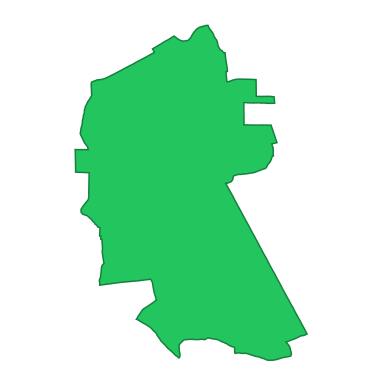 Min Buri, Bangkok Metropolis, Thailand (orthographic projection), rotated 91°
{"feature_id": "78962969B59018064980934", "entity_name": "Min Buri", "entity_type": "district", "adm_level": 2, "iso_a3": "THA", "parent_name": "Thailand", "parent_adm1": "Bangkok Metropolis", "projection": "orthographic", "projection_center": [100.755, 13.811], "detail": "fine", "context": "isolated", "style": "filled", "palette": "green", "viewbox_px": 384, "rotation_deg": 91, "n_neighbors": 0, "source": "geoboundaries", "source_scale": "gbopen_adm2", "svg_char_len": 5963}
<svg xmlns="http://www.w3.org/2000/svg" viewBox="0 0 384 384"><g transform="rotate(91 192 192)"><path d="M49.6,234.0L53.0,232.0L57.8,240.2L62.6,249.0L65.2,253.4L65.8,254.4L67.9,258.5L70.8,263.6L75.2,271.6L77.1,275.3L78.9,278.5L80.1,281.2L80.5,282.8L81.1,283.5L81.0,284.2L81.0,285.1L81.4,286.9L81.5,288.5L81.8,289.4L82.2,290.2L83.3,293.1L84.0,294.4L86.1,294.7L90.6,294.4L92.9,294.2L93.5,294.3L93.9,294.2L95.8,294.1L97.0,293.9L97.3,294.0L101.2,296.2L103.1,297.5L104.6,298.3L106.2,298.9L107.4,299.6L108.1,300.0L110.1,300.4L112.2,301.0L113.8,301.0L114.7,301.0L116.3,301.6L117.8,302.0L119.9,302.1L120.6,302.3L121.3,302.5L122.6,302.8L126.4,303.0L129.4,303.9L132.6,304.4L135.4,304.7L136.0,304.7L136.4,304.5L137.7,303.9L139.5,302.9L144.1,300.7L144.9,300.2L146.5,299.0L148.0,297.6L148.6,297.2L148.8,297.1L150.8,296.7L151.6,296.6L151.5,301.6L151.7,307.1L151.6,307.9L151.6,308.7L151.6,309.6L153.4,309.4L174.2,308.7L174.5,295.2L196.0,295.2L196.7,295.0L198.5,295.1L201.0,295.5L201.3,295.6L201.7,295.8L205.5,298.8L209.1,301.4L210.1,301.9L211.1,302.6L211.6,302.7L214.2,302.5L214.4,302.4L214.9,302.1L215.6,301.2L216.4,300.5L216.4,300.3L216.2,300.0L216.2,299.8L216.8,299.1L217.1,297.2L217.4,296.6L219.1,294.5L220.1,293.4L221.2,292.1L222.3,291.3L223.2,290.5L224.5,288.9L224.8,288.8L225.7,288.5L226.2,287.6L227.0,286.7L228.7,285.5L228.9,285.1L229.0,284.2L229.3,283.4L237.7,283.6L237.8,283.5L237.7,282.6L237.8,282.4L238.0,282.3L240.7,282.4L240.7,281.4L242.7,281.1L247.7,280.7L250.3,280.5L252.1,280.7L254.0,280.7L255.8,280.4L256.3,280.2L256.7,280.2L259.6,279.8L265.1,278.7L265.4,279.2L265.6,279.6L266.8,280.5L268.3,281.0L269.2,281.2L275.2,281.6L278.4,282.0L280.2,282.5L281.3,283.0L282.8,283.2L283.2,282.7L283.6,282.6L286.8,282.7L283.9,263.9L283.2,258.2L281.8,244.9L280.0,232.3L279.9,231.9L282.7,230.2L283.4,230.0L285.9,229.5L287.8,229.2L292.7,228.2L299.3,226.1L300.5,225.6L302.6,228.2L305.9,232.7L308.4,236.4L308.8,237.1L310.3,239.1L312.2,240.5L313.8,241.4L317.3,243.8L318.4,244.2L319.8,245.1L320.2,245.4L320.4,244.5L320.9,243.7L322.2,241.4L323.2,239.8L325.4,235.7L327.0,233.0L328.6,230.8L329.5,229.8L331.2,228.3L332.8,226.4L333.9,225.3L334.3,225.1L335.5,224.6L340.1,221.3L341.2,220.7L345.3,216.5L348.9,213.2L351.0,210.6L353.1,208.2L355.7,205.5L357.1,203.4L358.2,202.1L357.3,201.5L357.0,201.4L355.0,201.1L354.4,201.2L352.0,201.7L350.8,201.9L346.3,202.3L346.0,202.3L345.4,202.1L344.8,201.9L344.4,201.6L342.8,200.4L341.7,199.3L340.2,197.6L339.9,196.9L339.8,196.1L339.3,191.4L339.4,187.6L339.5,184.5L339.5,183.2L339.1,181.0L339.0,179.6L339.1,178.8L339.4,177.5L339.4,176.8L339.4,176.5L339.2,176.1L337.8,174.0L337.7,173.8L337.7,173.5L337.7,172.8L338.1,170.7L338.5,168.4L338.9,165.3L339.2,163.6L339.6,162.6L340.8,160.4L341.2,159.5L341.9,157.5L343.4,154.1L344.1,153.1L345.3,151.0L345.8,149.6L346.3,147.6L346.7,146.8L347.0,146.7L347.3,146.6L351.1,146.6L351.7,146.5L352.6,146.1L352.6,145.8L352.1,143.5L352.0,142.6L352.4,139.8L352.5,138.5L352.4,136.8L352.3,136.2L352.4,135.2L352.6,134.5L352.8,133.4L355.2,125.6L355.4,124.3L355.7,122.2L356.8,119.4L357.5,116.9L358.6,114.4L358.8,113.2L358.9,112.6L358.8,109.9L358.8,108.8L358.6,107.4L358.2,105.1L357.9,104.0L355.9,97.9L354.8,92.2L354.4,90.5L352.9,89.9L352.5,89.8L351.8,89.8L350.1,90.2L349.1,90.5L345.5,91.5L344.8,91.8L343.7,92.5L342.5,93.4L340.4,95.4L337.4,87.7L335.8,84.1L334.7,82.2L334.4,81.7L333.9,80.2L333.7,78.7L333.3,77.1L331.9,74.4L331.1,74.9L326.3,77.5L323.3,79.3L317.6,82.4L316.7,83.0L315.1,83.9L310.8,86.4L308.2,87.8L305.4,89.2L305.0,89.4L303.8,90.4L298.2,93.4L296.0,94.8L290.9,97.6L288.3,99.2L285.4,100.7L281.6,102.8L281.2,102.9L281.1,103.0L276.2,105.9L272.0,108.1L270.1,109.3L266.0,111.6L264.4,112.6L260.7,114.6L259.0,115.4L258.3,115.9L254.8,117.8L253.3,118.8L250.6,120.3L250.0,120.6L246.9,122.3L245.0,123.4L240.9,125.6L237.6,127.5L234.7,129.1L230.8,131.4L223.8,135.2L223.4,135.5L220.9,136.9L219.2,137.9L217.3,138.9L214.0,140.8L210.2,142.9L203.1,147.0L201.7,147.7L200.5,148.5L196.5,150.5L191.2,153.6L185.2,157.0L183.2,158.3L182.8,158.6L182.5,158.5L182.6,158.0L182.5,156.8L182.3,155.8L181.7,154.8L181.1,153.2L180.8,152.8L180.2,152.4L178.7,151.5L178.1,151.3L175.7,150.9L175.3,150.7L175.0,150.3L174.0,147.3L173.7,146.0L173.6,143.7L173.2,141.1L172.9,138.0L171.8,132.0L171.5,130.4L171.1,129.1L170.3,127.2L169.4,125.0L168.0,121.6L167.3,119.3L166.7,118.5L166.3,118.1L165.2,117.5L165.0,117.4L164.4,117.3L162.9,116.3L162.1,115.6L160.8,114.6L159.7,114.0L158.2,113.4L156.6,112.9L155.8,112.7L155.1,112.4L154.6,111.2L153.9,111.4L153.5,111.5L150.1,111.4L147.9,111.6L147.1,111.7L146.5,111.6L146.1,111.7L145.9,111.9L142.5,113.1L141.2,107.9L123.8,114.1L123.8,122.7L124.0,130.0L124.0,141.3L122.7,141.2L118.5,141.3L107.8,141.6L103.9,141.7L102.4,141.8L101.8,141.7L101.7,141.6L101.8,141.2L101.7,139.5L101.8,138.3L101.9,137.6L101.9,135.1L101.9,131.7L101.7,127.5L101.8,124.6L101.9,124.3L101.9,123.5L101.7,121.9L102.0,118.4L102.0,114.6L101.8,112.3L101.7,111.6L101.8,110.9L95.4,111.6L95.1,114.5L95.0,116.6L95.2,122.8L95.3,129.4L78.5,129.9L78.3,136.2L78.3,137.5L78.3,146.6L78.5,149.7L78.6,150.1L78.8,150.6L79.3,152.9L80.1,154.9L80.3,155.3L80.8,156.7L81.0,157.5L81.1,158.5L81.2,158.9L81.1,159.1L80.8,159.2L78.7,159.3L74.6,159.8L72.1,160.0L71.3,160.2L71.1,160.2L70.9,158.7L70.7,158.6L68.1,158.9L58.3,160.6L55.5,161.0L53.4,161.2L52.1,161.4L52.0,162.0L52.1,162.6L52.0,162.9L51.5,163.5L51.2,163.7L50.8,163.9L50.3,164.2L49.9,165.0L49.6,165.7L49.3,166.2L48.4,166.8L47.9,167.0L47.3,167.5L45.6,168.4L44.8,168.6L41.1,169.4L40.2,169.8L39.4,170.2L38.2,171.2L36.4,172.3L35.2,172.9L34.4,173.1L32.2,174.3L27.7,177.8L26.4,178.4L25.1,178.9L25.2,179.5L25.1,179.9L25.4,181.6L26.3,184.5L27.3,187.6L27.6,188.1L29.0,190.2L30.4,191.4L32.8,193.3L34.7,194.5L37.1,195.6L37.8,196.2L38.7,196.9L40.0,198.0L40.3,198.5L40.7,199.6L40.9,200.5L41.0,201.1L41.2,203.1L41.2,203.8L41.1,204.5L40.7,206.1L39.3,208.7L38.4,210.1L37.5,211.1L36.7,212.2L36.4,212.6L37.4,214.4L40.0,218.2L41.8,221.5L45.3,227.0L47.9,231.1L49.0,233.1L49.6,234.0Z" fill="#22c55e" stroke="#15803d" stroke-width="1.5"/></g></svg>